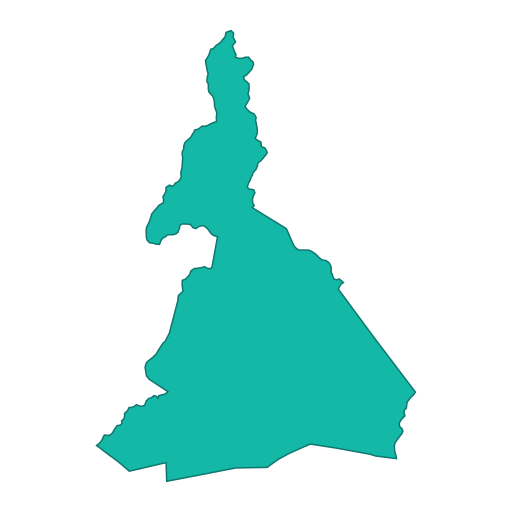 Vitorino Freire, Maranhão, Brazil (orthographic projection)
{"feature_id": "56859067B11407876745319", "entity_name": "Vitorino Freire", "entity_type": "district", "adm_level": 2, "iso_a3": "BRA", "parent_name": "Brazil", "parent_adm1": "Maranhão", "projection": "orthographic", "projection_center": [-45.344, -4.155], "detail": "fine", "context": "isolated", "style": "filled", "palette": "teal", "viewbox_px": 512, "rotation_deg": 0, "n_neighbors": 0, "source": "geoboundaries", "source_scale": "gbopen_adm2", "svg_char_len": 3738}
<svg xmlns="http://www.w3.org/2000/svg" viewBox="0 0 512 512"><path d="M163.0,343.1L158.1,350.7L156.0,354.2L152.8,357.3L147.6,361.4L146.1,363.4L145.1,367.0L145.4,369.5L146.5,376.0L149.5,379.5L167.8,391.6L165.3,394.0L162.3,394.7L158.9,395.6L157.9,398.2L156.4,396.3L153.8,395.6L151.3,397.8L148.7,398.5L146.1,401.2L144.7,405.4L141.4,406.4L138.5,405.6L136.4,404.6L134.4,406.4L131.3,407.5L129.1,407.5L127.4,410.9L124.6,413.3L124.5,416.4L123.9,418.8L121.6,420.9L122.0,423.4L120.5,425.1L117.1,425.6L114.5,429.2L112.3,433.1L109.2,435.5L104.4,435.0L103.2,437.1L101.8,440.3L99.4,443.3L96.6,445.5L110.0,455.7L113.1,457.9L119.3,462.6L129.3,471.2L166.1,462.6L166.7,481.3L236.0,467.9L239.7,467.9L248.0,467.7L267.2,467.4L270.0,465.3L278.5,459.2L289.4,453.3L303.7,446.9L310.4,444.1L336.3,448.1L342.4,449.2L344.7,449.6L369.8,454.2L375.6,456.0L396.5,458.6L395.9,455.3L394.8,451.7L394.3,446.3L395.1,442.7L398.1,438.5L400.0,436.0L402.1,433.3L402.9,431.0L401.8,428.5L399.5,426.4L399.3,422.9L400.9,420.3L402.4,418.3L404.9,415.9L404.3,413.5L404.0,410.4L406.3,408.4L406.6,406.1L407.1,402.2L409.2,399.4L411.1,397.1L413.2,395.2L415.4,392.1L376.6,340.9L371.6,334.2L338.3,289.1L341.0,284.1L343.4,282.6L339.2,278.9L336.8,279.9L334.2,279.2L332.9,276.7L332.4,274.4L331.1,272.4L331.3,268.7L330.8,265.9L329.1,262.9L326.4,260.7L321.8,259.8L319.0,257.5L316.3,254.7L313.0,252.2L309.4,250.3L305.7,250.0L303.1,250.0L298.9,250.1L296.0,248.1L294.3,246.3L292.6,242.9L286.4,228.7L252.2,207.6L254.2,205.6L252.8,203.3L252.4,199.3L253.4,195.8L254.9,192.8L253.8,189.9L251.6,189.3L249.0,189.2L247.4,187.2L248.3,183.6L250.1,180.2L251.1,177.3L252.4,175.2L253.0,172.8L256.2,169.1L257.4,165.9L258.1,162.7L260.8,160.8L263.1,158.2L265.5,155.3L267.2,152.8L266.5,150.6L264.9,148.0L261.5,146.6L260.9,142.0L258.3,140.8L255.1,138.6L256.2,136.1L257.1,133.9L257.4,130.3L257.0,127.7L256.2,123.1L255.5,120.1L256.2,117.5L254.0,113.8L250.2,112.2L247.2,109.5L245.0,106.4L247.9,101.7L249.7,98.0L248.0,93.8L249.1,90.1L249.1,87.6L249.0,84.0L247.2,82.2L244.4,79.7L243.5,76.6L246.2,75.3L249.1,72.3L251.9,68.9L253.5,64.4L253.1,62.0L250.6,59.9L248.7,57.2L245.4,57.2L242.0,58.3L239.2,58.4L235.3,57.3L236.0,54.6L234.6,51.9L233.7,49.3L232.3,45.8L235.6,42.0L234.3,39.6L233.1,36.9L233.7,33.3L231.2,30.7L229.0,31.2L226.0,32.5L225.0,37.2L223.1,38.9L221.7,41.0L219.0,43.6L216.4,45.2L213.6,48.4L210.7,49.3L208.9,55.0L207.5,57.5L205.5,60.5L205.9,63.8L206.6,67.3L207.2,70.6L208.1,73.8L207.1,77.8L206.9,81.5L208.4,84.3L208.3,88.9L208.9,92.0L210.7,94.1L212.4,95.8L213.8,98.7L214.4,102.6L214.6,106.4L215.6,109.5L216.7,112.4L216.6,114.9L216.3,117.2L216.5,121.7L213.8,122.4L210.6,123.8L207.6,125.5L204.9,126.3L202.1,126.1L198.6,128.9L194.5,130.2L193.9,132.4L192.5,134.2L190.6,137.5L187.4,140.2L184.7,143.0L183.7,146.4L183.7,149.1L182.3,151.7L182.1,154.7L182.7,157.3L182.4,161.6L182.0,167.8L181.1,171.1L180.8,173.7L181.3,177.0L179.7,179.9L177.9,181.9L175.3,183.1L174.0,185.2L172.0,186.3L169.5,185.1L166.1,187.3L165.8,192.1L163.0,196.6L163.5,199.5L163.6,202.4L160.8,204.2L158.7,205.5L157.2,207.6L154.5,210.5L151.8,213.9L150.1,219.5L148.3,223.9L146.6,227.0L146.1,230.6L146.4,237.6L147.1,240.1L149.6,242.8L153.2,243.2L156.3,244.2L159.5,244.4L160.9,240.7L162.5,238.3L165.3,236.8L167.7,234.8L173.1,234.7L176.0,233.8L177.9,232.3L179.4,228.4L179.9,225.4L182.1,224.0L184.8,224.0L187.4,224.1L190.5,224.5L193.0,227.7L195.7,228.6L199.5,226.2L203.2,225.6L205.9,227.3L208.1,229.3L209.4,231.3L210.8,233.2L213.0,235.2L217.5,236.8L212.1,266.6L210.6,268.7L207.3,268.3L204.5,266.6L201.2,267.8L194.2,268.6L190.9,270.9L189.4,275.0L185.3,279.3L182.3,280.3L182.1,284.0L182.5,287.9L183.0,291.1L181.4,292.8L178.5,295.4L177.9,298.5L177.9,300.7L177.2,303.1L169.4,333.0L165.1,341.5L163.0,343.1Z" fill="#14b8a6" stroke="#0f766e" stroke-width="1.5"/></svg>